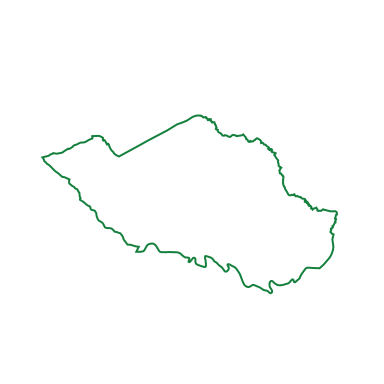 Rong Kham, Kalasin, Thailand, rotated 290°
{"feature_id": "78962969B70209465678714", "entity_name": "Rong Kham", "entity_type": "district", "adm_level": 2, "iso_a3": "THA", "parent_name": "Thailand", "parent_adm1": "Kalasin", "projection": "albers", "projection_center": [103.731, 16.292], "detail": "fine", "context": "isolated", "style": "outline", "palette": "green", "viewbox_px": 384, "rotation_deg": 290, "n_neighbors": 0, "source": "geoboundaries", "source_scale": "gbopen_adm2", "svg_char_len": 6068}
<svg xmlns="http://www.w3.org/2000/svg" viewBox="0 0 384 384"><g transform="rotate(290 192 192)"><path d="M168.7,340.5L176.6,343.5L178.9,344.1L181.2,344.4L185.6,344.3L188.9,343.6L195.5,340.1L200.6,339.5L200.7,337.6L201.5,336.7L201.6,335.9L201.9,335.7L204.0,335.9L204.3,335.7L204.6,335.1L205.0,335.1L205.4,335.2L205.6,335.7L207.0,336.5L207.4,336.4L207.8,335.7L208.1,335.6L209.0,336.4L211.8,336.7L212.4,337.3L212.7,337.1L213.3,336.4L214.1,336.8L215.8,336.6L215.8,335.5L216.1,335.3L217.7,335.5L218.4,335.3L219.9,335.2L220.2,335.4L220.4,335.9L220.6,335.9L222.5,334.9L223.0,333.5L221.2,328.8L220.7,323.8L220.4,322.4L220.6,322.1L220.6,321.1L218.4,319.8L218.3,318.7L217.4,317.2L217.5,316.1L218.6,315.8L219.2,314.7L219.8,314.2L218.7,313.0L218.0,311.8L216.7,311.4L217.3,310.5L217.1,309.9L217.3,309.5L217.7,309.6L218.2,309.2L218.7,309.3L219.0,309.1L219.1,308.4L219.5,308.0L219.1,306.9L219.5,306.7L219.9,306.0L220.4,306.2L220.9,305.5L220.0,305.4L220.7,304.7L220.8,303.9L221.6,303.7L221.2,303.3L221.6,302.0L221.4,301.4L222.1,301.1L222.5,302.3L222.8,302.3L223.2,301.5L223.3,301.1L224.0,300.5L223.9,299.3L223.5,298.1L223.7,297.5L223.6,296.9L224.1,296.5L224.5,295.7L224.0,294.9L224.1,293.9L224.0,292.9L224.3,292.2L223.6,291.5L223.4,291.0L223.9,290.2L224.0,289.3L224.8,289.1L224.9,288.8L223.7,288.1L223.5,286.7L222.5,285.6L222.2,284.3L222.9,283.0L224.2,281.7L226.0,279.3L226.9,278.3L228.1,277.7L228.6,276.4L229.6,275.9L230.3,275.1L231.2,274.8L231.6,274.3L233.7,273.9L234.3,273.3L236.3,273.2L237.1,272.7L237.9,272.6L238.1,271.8L238.6,271.5L238.6,270.9L238.9,270.5L239.1,270.0L239.6,269.7L239.8,269.3L239.6,268.2L242.2,266.7L243.3,267.2L244.5,266.8L245.2,267.6L245.5,267.6L245.8,265.4L246.3,264.4L248.0,263.8L249.4,262.6L251.1,262.2L253.2,258.9L254.6,257.3L254.9,256.6L255.6,256.7L256.6,257.4L257.1,257.3L257.1,255.1L256.8,253.9L257.0,253.1L257.5,252.8L258.8,253.0L259.5,252.0L259.5,251.6L259.3,251.3L258.2,251.4L257.9,250.9L257.9,250.6L258.6,248.8L259.2,249.2L259.8,249.3L260.4,248.4L260.7,246.3L261.6,245.0L261.3,243.3L261.9,242.7L262.3,241.8L262.2,241.2L261.6,240.2L262.0,239.9L262.6,240.2L262.9,240.1L264.2,238.3L264.8,234.9L264.7,234.6L264.0,234.3L263.6,233.8L262.6,233.5L261.7,232.6L260.7,232.3L259.5,230.3L260.0,229.7L260.0,229.4L259.2,229.3L258.6,228.8L258.7,227.8L259.4,227.3L259.4,226.7L260.3,226.0L260.4,224.6L261.2,224.3L261.8,223.8L262.2,222.8L263.6,220.5L262.2,219.3L261.0,217.0L259.9,215.4L260.2,214.6L259.8,214.2L260.0,212.4L259.7,211.0L258.8,210.1L257.9,209.8L256.7,208.8L256.5,207.1L256.8,206.4L256.8,204.2L256.5,203.2L255.8,202.8L255.5,201.2L256.5,199.9L256.6,199.3L256.9,199.0L257.2,197.6L257.1,196.9L257.3,196.3L258.6,195.0L259.3,195.0L259.4,194.6L259.1,193.7L259.4,192.8L260.2,192.7L261.0,193.0L262.0,192.0L262.8,191.7L263.2,190.5L263.8,190.4L264.5,189.7L265.2,189.2L264.7,188.1L264.7,187.7L264.2,187.4L264.2,186.9L265.0,186.8L265.4,184.6L265.7,184.7L265.9,185.1L266.4,184.9L265.8,184.4L265.8,183.9L266.6,184.1L266.5,183.3L265.4,183.1L265.0,182.3L265.9,181.8L266.1,180.6L266.8,180.3L267.2,179.4L267.1,179.2L266.6,179.2L266.4,177.6L265.9,177.1L266.7,175.3L266.5,174.7L266.8,174.2L265.9,171.3L265.0,169.6L262.8,166.9L257.6,163.0L254.9,160.2L250.4,154.8L241.2,147.5L226.3,133.9L216.7,125.6L200.4,111.2L200.7,108.1L201.6,105.5L202.6,104.4L203.5,102.3L204.3,101.1L206.2,99.1L207.9,97.8L208.7,96.8L208.7,96.6L207.6,95.9L210.1,93.2L210.8,92.1L210.0,91.3L210.2,90.5L212.2,90.0L212.5,89.7L213.0,86.1L212.9,85.4L210.4,79.1L210.0,79.2L208.6,80.1L208.3,80.1L205.5,77.1L202.5,74.7L201.4,73.1L200.2,70.2L196.9,67.1L195.8,65.5L194.7,64.7L193.6,64.4L190.7,62.2L190.3,61.6L190.4,61.0L189.7,60.2L189.2,59.8L188.7,59.7L187.2,58.3L184.6,56.6L181.7,51.8L181.1,48.3L180.5,48.2L178.8,46.0L177.6,45.4L177.0,44.9L173.4,39.6L171.8,41.8L170.8,42.4L170.4,42.9L169.5,45.1L168.8,46.3L168.6,47.8L167.9,49.8L165.2,55.3L164.4,57.6L163.9,59.8L162.1,64.2L161.8,65.2L162.1,66.0L162.3,67.7L161.9,72.6L160.8,72.6L158.6,73.4L157.9,74.0L157.4,75.6L156.9,76.7L156.4,79.5L155.4,81.0L155.4,82.9L154.3,84.5L153.5,85.0L152.8,86.4L149.7,87.9L148.6,88.7L148.3,89.3L146.9,89.2L146.4,89.4L145.4,93.9L144.4,96.3L143.7,98.5L143.5,100.8L143.1,101.6L141.6,102.4L141.0,103.4L140.9,104.0L141.2,106.4L141.0,107.3L139.3,109.3L136.9,110.5L134.2,112.8L133.3,114.2L132.7,117.4L132.1,118.8L131.3,119.9L129.0,122.3L129.0,123.5L129.1,124.9L129.9,126.8L130.1,128.8L130.0,129.4L129.3,131.1L128.5,132.4L128.3,133.1L128.6,135.2L128.6,139.0L126.0,142.7L124.7,143.4L123.9,144.2L120.5,149.4L121.4,152.3L121.6,157.1L122.3,160.7L116.8,160.1L118.1,163.9L119.5,166.3L120.7,167.1L126.2,168.0L127.6,168.7L129.0,170.3L129.8,171.9L130.2,173.2L130.1,173.9L129.7,175.6L129.0,176.8L125.2,181.5L124.9,182.4L124.9,183.4L126.5,188.1L127.6,190.6L129.9,197.6L130.3,199.0L130.4,200.7L130.1,202.4L128.9,205.2L128.3,207.3L128.3,208.4L129.0,210.8L129.0,211.8L128.7,212.2L128.1,212.4L125.3,212.6L125.1,213.2L125.3,213.6L125.9,214.1L130.4,215.6L130.8,216.0L131.0,216.7L130.8,217.5L130.3,218.1L127.3,219.2L126.2,220.1L125.7,221.0L125.5,222.8L125.5,226.0L125.8,229.5L126.0,229.9L126.5,230.3L127.4,230.3L128.0,230.2L132.1,228.3L134.6,226.7L135.7,226.4L136.2,226.4L136.5,226.8L136.7,228.3L136.8,232.1L136.5,233.4L136.0,234.6L134.5,236.6L134.0,239.3L132.4,242.4L131.5,245.7L128.8,249.8L128.6,250.5L128.9,251.4L129.7,252.1L130.9,252.6L132.1,252.8L132.8,252.7L133.9,252.2L135.1,250.6L135.5,250.4L136.1,250.3L136.5,250.6L136.8,251.8L136.3,254.6L135.9,258.1L135.2,259.7L132.4,263.6L131.2,265.1L124.6,270.8L123.0,272.5L122.2,273.8L121.8,275.6L121.8,276.9L122.1,277.9L123.3,279.2L125.4,280.7L125.8,281.9L125.5,288.5L124.4,292.8L124.9,296.6L123.8,299.5L123.7,300.2L124.0,300.7L124.6,301.2L125.4,301.4L125.9,301.3L126.9,300.8L129.3,297.7L130.2,297.1L131.8,296.4L133.4,296.0L134.4,296.2L135.3,296.6L135.7,297.3L135.7,298.2L134.6,300.4L133.9,303.5L133.9,304.7L134.4,306.6L135.6,309.0L139.0,313.6L140.3,314.5L142.8,315.4L144.2,316.2L144.3,316.7L144.1,317.3L142.4,318.6L142.3,319.3L142.7,319.9L147.6,322.6L150.6,322.7L152.9,323.2L158.5,324.8L159.3,325.2L160.0,325.9L160.7,327.2L162.1,332.2L164.0,338.0L168.7,340.5Z" fill="none" stroke="#15803d" stroke-width="2"/></g></svg>